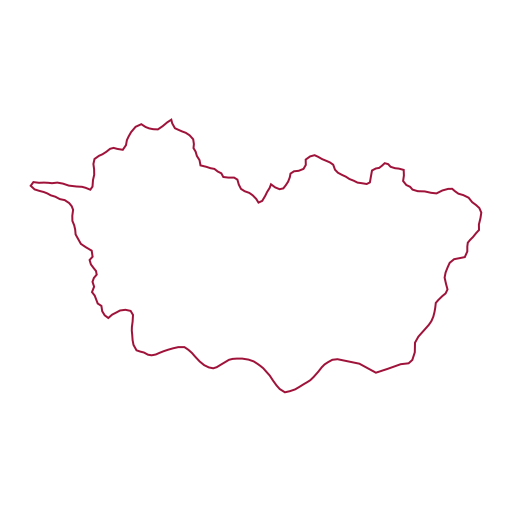 Capitólio, Minas Gerais, Brazil
{"feature_id": "56859067B5400147838049", "entity_name": "Capitólio", "entity_type": "district", "adm_level": 2, "iso_a3": "BRA", "parent_name": "Brazil", "parent_adm1": "Minas Gerais", "projection": "mercator", "projection_center": [-46.158, -20.611], "detail": "fine", "context": "isolated", "style": "outline", "palette": "rose", "viewbox_px": 512, "rotation_deg": 0, "n_neighbors": 0, "source": "geoboundaries", "source_scale": "gbopen_adm2", "svg_char_len": 3314}
<svg xmlns="http://www.w3.org/2000/svg" viewBox="0 0 512 512"><path d="M478.9,224.5L480.5,217.9L481.3,212.6L479.3,208.0L475.9,204.9L472.2,202.2L468.6,197.7L463.3,195.1L458.4,193.7L454.8,191.1L452.2,188.8L448.1,188.9L442.3,190.5L436.5,193.4L431.0,192.8L424.7,191.4L417.8,191.2L412.5,189.6L410.1,186.8L406.3,185.0L403.1,181.0L403.9,175.5L403.7,169.9L398.8,168.6L395.0,168.2L390.6,166.8L388.1,164.1L384.7,163.2L382.0,165.7L379.2,167.9L375.8,168.5L372.0,170.5L370.9,176.6L369.9,182.4L366.7,184.0L361.8,183.2L357.5,182.6L353.7,180.7L349.4,179.0L345.9,176.7L341.8,174.8L337.9,172.7L335.0,169.7L333.2,164.7L329.9,162.4L326.7,161.0L322.1,159.1L318.1,156.8L314.6,155.2L310.1,156.4L305.7,159.6L305.8,164.9L303.5,168.9L298.7,170.8L294.0,171.3L290.5,173.6L289.8,177.3L288.1,181.7L285.8,185.2L283.3,188.4L279.6,189.2L275.2,187.4L271.0,184.3L269.6,188.0L267.1,192.0L265.2,195.9L262.2,200.9L258.5,202.6L256.2,198.9L252.7,195.3L249.3,192.9L244.6,191.2L241.0,188.9L238.8,184.6L237.4,179.6L234.1,177.6L228.4,177.6L223.3,177.0L221.3,173.3L217.7,171.5L214.4,168.9L210.5,168.2L206.3,166.8L200.5,165.4L199.5,160.1L196.9,156.0L195.6,151.6L193.5,148.1L193.9,144.1L193.2,139.3L189.6,135.3L185.8,132.8L182.0,131.4L178.6,129.9L174.9,128.2L172.2,123.3L171.3,119.7L167.3,122.3L162.6,126.2L157.9,129.4L153.2,129.2L149.2,128.4L145.6,127.0L141.3,124.2L135.6,126.8L131.1,132.1L128.6,136.5L126.9,140.1L126.0,145.1L122.8,149.8L117.3,148.9L113.6,147.9L110.1,148.8L106.2,151.9L102.4,154.3L99.0,155.8L94.5,159.0L93.4,164.0L94.1,169.3L94.2,174.8L93.0,180.0L92.5,186.6L90.3,189.7L85.6,187.8L82.0,186.8L76.5,186.5L68.8,185.6L62.9,183.6L57.3,182.6L52.0,183.2L48.2,182.8L44.0,182.6L39.0,182.8L33.4,182.1L30.7,185.8L34.6,189.4L39.4,190.9L43.7,192.0L47.3,193.4L50.7,195.3L55.3,196.7L59.8,199.1L64.7,200.1L69.2,203.1L71.7,206.2L73.1,209.8L72.3,215.8L72.4,220.9L74.2,225.3L75.2,229.7L75.6,234.4L78.2,239.1L80.9,243.9L85.8,247.2L91.7,250.7L92.6,256.7L89.6,260.0L90.9,264.4L93.5,267.9L96.0,271.0L96.7,274.6L93.9,277.9L92.5,281.8L94.1,286.7L92.0,292.1L94.7,295.6L96.2,299.5L97.7,303.5L101.4,305.9L102.2,311.2L104.7,315.3L108.3,318.0L112.2,314.6L116.5,312.4L120.0,310.5L125.4,309.8L130.6,310.9L133.0,314.9L132.6,321.7L131.9,326.9L131.8,330.6L132.2,334.7L132.6,340.2L133.5,344.9L136.5,350.3L140.3,351.6L143.9,352.5L148.0,354.7L151.6,355.3L155.8,354.5L159.4,352.9L163.7,351.2L168.2,349.7L173.1,348.3L178.4,347.1L184.4,347.1L188.4,349.8L191.9,352.9L195.2,356.7L199.6,361.4L204.1,365.1L208.8,367.4L213.2,368.3L216.7,367.2L221.3,364.4L225.5,361.9L229.0,359.8L232.6,358.9L236.8,358.6L242.2,358.6L248.5,359.6L253.7,361.4L257.3,363.7L260.5,366.0L263.3,368.3L266.3,371.7L269.7,375.5L272.9,380.4L276.5,385.4L279.7,389.0L284.9,392.3L289.8,391.2L295.1,389.4L299.2,387.0L303.7,384.2L307.3,382.1L310.3,380.2L313.7,376.9L318.2,371.8L321.8,367.2L324.6,364.4L328.0,362.2L332.3,359.8L337.5,359.2L359.4,363.7L375.9,372.7L388.1,368.7L400.7,364.2L408.6,363.3L412.3,360.0L414.8,352.3L415.0,342.7L418.4,336.6L425.6,328.5L428.8,324.9L431.4,321.1L433.3,316.7L434.5,312.0L435.2,308.0L435.8,302.9L438.4,299.9L442.2,296.2L445.6,293.4L447.5,289.4L446.0,283.8L444.6,277.6L445.6,272.5L447.6,267.4L449.7,262.8L454.1,259.2L459.3,258.2L464.8,257.1L467.3,251.5L467.3,246.5L467.8,242.7L470.1,239.9L473.0,237.0L476.3,232.9L479.0,230.0L478.9,224.5Z" fill="none" stroke="#9f1239" stroke-width="2"/></svg>